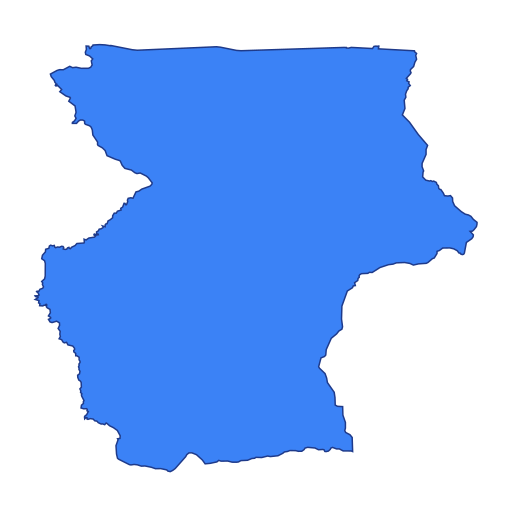 outline of Pailitas, Cesar, Colombia, rotated 89°
{"feature_id": "7082276B45441685254380", "entity_name": "Pailitas", "entity_type": "district", "adm_level": 2, "iso_a3": "COL", "parent_name": "Colombia", "parent_adm1": "Cesar", "projection": "natural_earth1", "projection_center": [-73.578, 8.949], "detail": "fine", "context": "isolated", "style": "filled", "palette": "blue", "viewbox_px": 512, "rotation_deg": 89, "n_neighbors": 0, "source": "geoboundaries", "source_scale": "gbopen_adm2", "svg_char_len": 6008}
<svg xmlns="http://www.w3.org/2000/svg" viewBox="0 0 512 512"><g transform="rotate(89 256 256)"><path d="M53.6,94.0L51.0,130.0L48.3,129.5L48.2,130.3L48.6,130.9L48.2,132.3L48.5,134.4L50.6,135.9L49.1,157.2L49.8,159.8L49.6,162.0L49.1,162.1L49.0,164.4L50.5,267.4L50.1,271.9L46.6,287.9L46.1,291.9L48.2,371.1L47.6,376.1L43.0,397.4L43.3,397.5L42.3,403.2L41.9,408.7L42.2,415.3L42.9,415.5L44.1,417.2L45.3,417.5L45.8,418.2L45.7,418.7L43.3,419.5L43.1,422.2L46.6,422.0L49.3,423.1L51.5,422.7L53.1,418.9L56.1,415.8L58.0,417.3L62.1,416.5L64.4,418.0L65.4,420.3L65.3,427.4L64.1,432.6L64.5,436.1L63.1,438.9L66.4,445.4L66.3,449.3L67.0,451.7L70.5,458.4L73.1,457.6L77.1,454.5L78.5,454.2L80.5,452.7L81.0,453.2L81.5,452.8L81.9,453.6L82.3,453.3L81.6,452.2L82.4,452.4L82.3,451.1L86.1,447.4L88.3,449.3L92.7,443.2L94.1,439.2L94.8,438.8L98.0,440.5L102.8,434.3L109.2,433.4L112.8,434.7L115.2,433.5L117.7,435.1L119.2,437.2L120.2,437.3L120.3,433.2L118.0,431.1L117.0,429.3L117.0,427.1L117.7,425.6L118.2,425.0L120.4,425.0L121.3,424.3L122.9,420.1L124.3,418.6L127.0,417.5L132.2,417.0L139.3,412.4L141.7,412.5L142.7,412.0L145.2,407.7L147.9,405.0L153.1,403.2L156.7,395.2L158.2,390.7L158.8,390.0L163.0,388.2L166.1,385.6L167.9,379.1L170.6,375.7L171.5,373.6L171.0,370.3L174.2,364.2L175.9,362.3L181.1,358.5L182.6,359.0L184.3,360.7L187.1,369.0L189.1,372.0L189.8,374.9L196.1,378.0L195.6,380.1L196.1,382.8L197.9,383.6L199.4,383.3L202.4,384.6L202.5,385.3L201.1,386.1L201.0,387.0L204.8,388.5L206.0,390.4L207.7,390.1L208.8,393.8L210.7,394.9L210.7,397.0L213.2,398.6L215.3,398.7L217.3,401.3L218.3,403.3L221.1,404.3L221.3,405.5L222.1,406.2L224.1,406.3L223.3,408.9L224.3,408.2L225.0,408.5L226.1,410.4L226.4,412.3L228.1,413.2L229.1,415.0L231.2,414.9L231.3,413.5L232.0,413.3L232.2,414.7L231.2,417.1L231.5,417.6L232.2,417.6L233.2,416.1L234.3,417.1L235.1,422.8L237.0,425.6L236.2,427.6L239.2,427.4L240.0,427.8L240.4,434.9L242.4,436.7L244.0,440.2L245.4,441.4L245.1,442.5L244.1,442.9L244.6,444.3L245.9,445.2L246.1,446.7L245.6,448.6L244.0,448.1L243.1,448.8L242.9,450.3L243.8,452.3L243.5,454.2L244.2,456.2L243.8,456.9L241.9,457.5L242.3,459.2L241.6,461.1L242.4,462.4L244.7,463.0L245.6,466.2L248.2,466.5L251.5,469.5L255.0,470.3L257.0,467.5L259.7,466.8L272.3,467.1L275.2,467.8L277.7,470.7L279.2,469.7L280.6,470.1L283.2,469.0L284.6,469.9L285.5,472.6L287.5,473.8L287.4,475.6L287.8,476.0L289.1,474.5L291.2,473.6L291.9,474.8L292.0,477.6L292.7,477.2L293.3,474.6L293.8,474.6L295.6,477.5L296.8,473.8L299.1,474.2L299.9,472.9L301.9,473.2L302.2,470.0L301.5,468.8L301.6,467.5L300.8,467.1L300.7,466.3L301.3,466.0L303.1,466.5L304.2,465.6L305.8,462.9L309.2,462.6L312.3,464.6L313.8,462.4L314.8,462.5L315.7,464.6L318.3,463.1L319.0,461.1L317.7,456.5L319.4,453.7L321.9,453.6L325.0,455.1L327.9,453.1L330.8,453.5L333.1,453.0L335.3,454.3L336.3,451.8L338.6,450.5L339.5,449.2L339.0,446.9L341.6,445.6L342.8,440.8L345.0,439.1L346.3,439.0L347.3,439.9L348.7,439.8L350.2,438.0L352.6,438.0L352.7,436.7L354.2,434.6L356.7,434.7L358.2,433.8L359.4,433.8L360.9,434.9L362.4,434.8L363.7,435.4L364.9,434.9L366.4,435.0L368.2,434.0L370.7,434.5L372.1,436.4L374.3,436.3L377.0,435.3L377.7,434.1L379.3,433.0L384.1,432.9L385.8,434.4L387.8,433.5L389.3,433.8L390.8,432.5L391.8,433.0L393.1,432.7L397.6,430.5L398.7,431.2L400.4,431.1L402.1,433.1L404.9,433.6L405.8,430.9L405.7,428.0L406.5,427.4L407.8,427.7L408.6,426.4L411.9,428.2L412.6,429.5L413.9,430.3L415.8,430.1L414.7,429.0L414.6,428.3L415.0,427.6L415.9,427.9L416.4,426.9L415.7,424.5L416.2,421.7L418.0,420.0L418.3,418.0L419.9,416.6L421.3,413.8L421.2,412.3L422.0,410.2L420.4,408.8L420.5,408.3L423.2,405.3L425.1,401.6L428.0,397.7L433.4,394.9L436.0,395.2L436.3,397.6L437.3,397.1L443.2,399.3L451.6,398.9L455.8,398.0L456.8,396.9L462.4,386.2L462.7,384.7L462.3,381.5L462.7,378.3L464.1,374.3L464.0,370.7L465.4,364.3L466.9,360.2L466.9,355.0L468.3,349.0L469.5,347.9L470.1,345.5L468.9,343.0L467.1,340.5L455.4,329.8L453.4,328.7L451.7,326.5L451.7,323.5L453.6,319.0L459.0,313.2L462.9,310.5L462.5,305.4L461.2,298.7L459.7,296.8L460.5,294.5L460.5,287.9L461.7,283.5L461.8,278.8L461.6,277.1L460.3,274.7L460.1,268.0L458.4,263.7L458.2,260.9L457.3,259.6L457.6,253.8L456.2,247.8L456.8,245.2L456.1,237.5L453.7,232.6L452.4,231.0L452.0,228.0L451.1,225.5L451.3,219.7L452.0,217.1L452.0,213.6L450.4,211.3L448.9,210.3L448.2,207.7L449.0,200.4L450.8,196.9L450.6,192.6L450.9,191.4L452.6,190.6L452.8,189.4L452.3,187.0L450.7,185.2L449.3,184.4L448.7,182.8L450.3,178.8L450.3,176.1L452.4,172.3L452.6,164.2L453.2,162.8L439.1,163.0L436.4,165.1L434.0,169.4L432.1,170.3L429.7,169.6L424.0,169.5L416.6,171.9L408.1,172.0L407.7,177.2L406.4,179.4L399.0,179.5L393.6,180.2L383.8,186.8L379.3,187.5L374.8,189.0L369.3,194.5L367.8,195.3L359.0,192.8L357.7,189.3L356.3,188.0L350.8,187.4L339.6,182.2L335.3,176.8L332.4,174.4L330.7,171.4L328.3,170.7L320.5,171.6L307.6,171.0L292.6,165.3L289.4,160.1L287.6,159.3L287.3,157.2L284.4,157.9L282.3,154.7L280.1,154.3L279.2,153.2L277.4,153.2L276.4,152.5L275.5,150.8L275.3,144.5L274.3,142.9L274.5,140.1L269.7,132.3L267.0,123.7L266.5,119.1L265.3,115.8L265.1,107.5L266.1,102.3L267.8,98.8L266.7,93.6L266.3,85.9L265.5,84.2L261.7,79.6L261.1,77.8L256.7,75.0L254.5,74.9L253.7,72.5L251.3,69.2L251.3,62.0L252.3,58.1L254.3,54.6L256.5,53.1L256.8,51.6L257.5,51.4L258.2,49.8L257.9,48.4L256.7,47.6L246.1,45.4L242.5,40.0L240.6,38.6L238.7,38.3L235.1,41.5L234.9,39.1L233.3,37.4L230.5,35.1L228.1,34.5L226.2,34.4L223.1,38.1L220.1,40.4L218.7,42.8L217.8,46.1L215.2,50.0L209.2,56.6L204.9,58.4L201.4,58.5L199.0,60.5L199.4,63.1L199.0,66.5L196.4,67.6L192.8,70.0L192.5,71.2L191.6,72.1L188.9,72.4L187.4,73.9L185.6,74.4L184.2,77.0L184.6,78.4L183.7,79.9L184.1,81.2L183.1,85.0L179.8,88.0L175.0,87.5L173.9,86.9L169.6,88.4L166.3,88.3L157.4,84.2L152.5,84.1L148.4,82.5L137.4,91.6L124.9,100.2L117.5,107.2L111.1,104.5L102.8,105.1L99.9,103.4L96.8,103.7L93.4,102.4L91.5,101.0L89.9,100.9L88.3,98.8L86.0,100.4L84.6,99.9L83.4,102.2L82.0,101.4L81.0,102.6L76.3,98.2L75.2,97.8L73.9,98.5L72.3,98.3L69.3,95.1L65.1,93.8L62.1,92.0L58.3,92.8L56.3,91.9L54.5,93.9L53.6,94.0Z" fill="#3b82f6" stroke="#1e3a8a" stroke-width="1.5"/></g></svg>